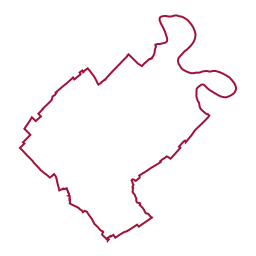 Cotusca, Botosani, Romania (orthographic projection)
{"feature_id": "2599482B53083625185790", "entity_name": "Cotusca", "entity_type": "district", "adm_level": 2, "iso_a3": "ROU", "parent_name": "Romania", "parent_adm1": "Botosani", "projection": "orthographic", "projection_center": [26.878, 48.123], "detail": "fine", "context": "isolated", "style": "outline", "palette": "rose", "viewbox_px": 256, "rotation_deg": 0, "n_neighbors": 0, "source": "geoboundaries", "source_scale": "gbopen_adm2", "svg_char_len": 5694}
<svg xmlns="http://www.w3.org/2000/svg" viewBox="0 0 256 256"><path d="M152.0,217.6L151.9,217.4L151.0,217.0L150.5,216.6L149.8,215.7L149.4,215.4L149.2,215.0L148.4,214.0L147.8,213.6L146.0,213.4L145.7,213.1L145.4,212.8L145.3,212.5L145.3,212.2L144.5,211.1L144.0,209.7L143.1,208.7L143.0,208.3L142.2,207.4L140.9,206.1L139.7,205.1L140.1,204.4L140.2,203.6L139.8,203.1L139.3,202.9L138.5,203.0L137.3,202.6L136.8,202.1L136.4,201.5L136.3,200.8L136.2,199.8L136.4,198.6L136.4,198.3L136.0,197.8L135.8,197.6L134.9,195.1L133.8,193.5L133.3,193.1L132.9,192.6L132.6,192.0L132.5,191.7L132.8,191.0L132.8,189.7L132.7,188.9L132.9,188.6L133.2,188.3L133.2,187.9L132.5,187.1L132.7,186.6L132.6,186.4L133.1,185.7L133.5,184.8L133.5,184.6L133.4,184.5L133.0,184.2L132.7,183.4L132.6,182.9L132.4,182.5L132.4,181.9L132.1,181.4L131.9,180.8L131.6,180.5L132.0,179.7L132.3,179.4L132.6,179.3L134.5,179.9L134.9,180.2L135.2,180.7L135.3,180.8L135.8,180.8L136.4,180.5L137.9,179.0L138.7,178.6L139.5,177.9L139.7,177.5L139.6,176.5L139.2,175.5L139.4,175.4L139.9,175.0L141.1,174.5L143.0,173.1L144.4,172.4L147.8,170.2L151.0,167.9L154.6,165.9L160.6,162.1L160.8,161.8L160.7,161.6L160.2,161.2L160.3,161.0L160.8,160.8L161.9,159.7L162.2,159.4L163.4,158.8L164.5,158.0L166.1,156.9L166.7,156.4L168.0,157.0L170.5,158.7L172.7,156.4L178.0,150.5L180.4,147.8L179.0,146.7L180.9,144.5L183.5,141.7L184.5,140.8L184.8,140.9L185.1,140.7L185.3,140.9L185.4,141.2L185.6,141.1L185.9,141.2L186.0,141.4L185.9,141.7L185.9,142.0L190.2,136.8L191.2,135.7L194.2,131.3L196.2,129.0L200.8,124.7L207.9,117.6L209.3,115.5L208.5,114.9L208.0,114.3L207.2,114.2L206.0,113.7L203.5,111.6L201.6,109.9L200.5,108.7L199.7,106.8L199.5,106.0L199.3,103.9L199.1,103.1L198.8,102.4L197.8,101.0L197.5,100.3L196.4,96.3L196.4,95.1L196.5,94.6L196.6,93.5L196.4,92.4L196.5,91.2L196.6,90.5L196.5,89.7L196.6,89.3L196.7,89.0L197.3,88.0L197.8,87.4L200.2,85.5L201.2,84.8L201.9,84.6L202.6,84.5L203.3,84.6L203.7,84.7L204.3,85.1L207.2,88.0L208.9,89.5L211.1,91.0L212.1,91.5L212.8,92.1L217.1,94.5L217.4,94.8L219.6,95.9L221.3,96.6L222.5,96.9L223.9,97.2L224.7,97.3L225.9,97.3L226.7,97.1L228.8,96.4L230.0,95.8L231.2,95.2L232.7,94.2L233.8,93.2L234.4,92.7L235.0,91.7L235.8,90.0L236.0,89.2L236.1,88.5L235.7,86.6L235.4,85.5L234.8,84.1L233.5,82.1L232.8,81.2L230.0,78.0L228.9,77.0L227.6,76.2L222.9,73.6L219.7,72.2L216.7,71.3L214.8,70.9L212.9,71.0L210.2,71.6L209.4,71.6L207.6,71.1L206.2,71.0L205.3,71.1L202.7,71.4L201.8,71.7L200.4,72.3L198.8,72.7L196.2,72.6L194.1,73.1L191.5,73.2L189.8,72.8L188.1,72.2L185.8,71.2L183.3,69.8L182.4,69.1L181.7,68.5L181.0,67.7L179.3,64.8L178.8,64.2L178.6,63.5L178.3,62.7L178.0,61.0L178.0,60.5L178.3,58.8L178.6,58.0L179.0,57.4L180.0,56.4L180.7,55.4L181.7,54.6L182.9,53.1L184.5,51.3L186.4,50.0L189.6,47.0L191.2,45.3L192.9,43.0L193.6,41.9L194.1,40.8L194.9,38.6L195.1,37.8L195.3,36.6L195.5,33.7L195.3,33.4L194.7,31.0L193.3,27.6L191.8,25.1L190.3,23.2L187.9,20.3L187.0,19.6L185.6,18.7L183.2,17.3L181.6,16.6L179.6,16.3L178.1,15.9L177.0,15.5L176.3,15.4L174.2,15.6L171.7,16.4L170.5,16.5L169.3,16.6L165.2,15.9L164.2,16.0L161.9,16.4L161.2,16.6L160.2,17.3L159.9,17.6L159.8,17.9L159.5,19.5L159.7,20.4L160.9,23.6L162.9,27.1L165.3,32.4L165.6,33.7L166.8,37.3L167.1,38.4L167.2,39.1L167.2,40.5L167.0,41.2L166.5,41.8L165.9,42.2L165.2,42.7L164.1,43.0L160.7,43.8L159.8,44.0L157.6,44.0L156.2,44.5L155.4,44.6L155.4,45.3L156.0,46.5L155.3,48.2L155.0,49.5L154.7,50.7L154.8,51.2L154.3,53.8L153.8,54.7L153.3,55.9L153.0,56.5L151.8,57.7L152.1,57.9L152.1,58.1L150.7,58.9L150.2,59.2L149.8,59.2L149.3,59.0L145.7,62.3L145.5,62.7L144.9,62.9L141.9,66.1L140.9,65.4L138.2,63.8L129.0,54.8L128.6,54.3L128.2,54.6L127.2,55.7L127.2,56.3L121.8,61.7L120.2,63.5L117.5,66.2L111.7,72.2L105.6,79.0L105.3,79.3L105.4,79.6L105.2,79.8L104.8,79.6L101.2,82.4L101.2,82.7L98.4,84.6L97.4,82.9L96.6,81.1L94.9,77.9L93.8,76.1L89.6,70.6L88.8,69.7L87.7,68.3L83.5,71.5L83.4,71.7L83.5,72.0L83.1,72.3L82.9,71.6L82.3,70.5L79.6,72.5L80.6,74.2L80.5,74.4L80.2,74.7L76.7,77.4L74.3,79.4L73.0,77.5L72.1,78.5L67.9,82.2L65.5,84.3L65.1,84.5L61.3,87.7L60.7,88.2L59.3,89.4L55.8,92.4L56.4,92.9L55.3,94.1L55.2,94.7L52.6,96.5L52.5,97.0L51.6,100.2L42.6,108.9L42.8,109.1L38.4,113.7L40.9,116.4L35.6,121.1L33.7,119.0L31.9,117.3L28.4,122.9L24.4,128.7L30.4,134.9L23.0,142.3L24.4,143.5L19.9,148.0L21.2,149.1L23.4,151.4L27.7,156.1L29.3,157.6L30.0,158.3L31.5,159.9L32.5,160.8L32.8,161.2L33.2,161.9L33.9,162.8L37.4,166.4L37.5,166.6L37.8,166.9L38.4,167.4L40.3,169.7L41.1,170.5L44.3,173.1L47.1,175.1L49.9,177.6L52.9,175.3L52.8,175.1L54.1,174.1L54.4,174.6L55.6,176.1L56.2,177.5L57.8,184.5L58.7,187.8L59.3,190.4L63.0,188.7L63.1,189.2L64.9,188.7L65.0,188.9L66.8,188.3L67.0,189.0L66.8,189.3L67.2,189.9L67.4,190.6L67.9,191.0L68.2,191.9L68.2,192.0L68.0,192.4L68.1,192.6L68.2,192.8L69.0,193.4L69.1,194.2L69.0,194.5L69.2,195.1L69.1,195.3L68.6,195.6L69.1,195.7L69.4,195.6L69.6,195.7L69.5,196.8L69.8,197.2L69.6,197.5L69.5,197.9L69.6,198.3L69.4,198.5L69.5,198.8L69.9,198.9L70.0,199.5L69.5,199.9L69.4,200.1L69.5,200.3L69.9,200.5L69.9,201.3L70.1,202.0L69.7,203.1L69.7,203.4L72.9,205.1L78.7,207.9L78.8,208.3L78.9,208.5L81.0,210.0L81.7,210.3L82.3,211.1L82.9,212.2L84.8,210.8L87.1,212.1L88.2,213.9L92.0,219.2L94.3,223.8L97.9,227.2L99.7,229.5L100.8,230.5L101.3,230.8L102.1,230.9L102.4,231.3L103.1,231.7L103.2,232.0L103.1,232.4L102.3,233.4L102.1,234.4L102.3,234.9L102.6,235.3L103.3,235.8L104.3,236.9L104.8,237.3L105.9,238.3L106.3,238.9L106.9,239.4L107.5,239.9L107.8,240.3L107.8,240.6L108.9,239.4L107.6,237.9L110.6,235.9L111.0,236.5L113.4,234.9L114.2,236.0L115.3,237.7L119.6,234.8L123.1,232.7L123.8,232.2L124.5,232.0L126.0,231.6L126.8,231.1L127.3,231.1L127.6,230.9L127.6,230.7L129.4,229.7L129.8,229.5L137.1,224.7L138.8,226.6L150.1,218.8L152.0,217.6Z" fill="none" stroke="#9f1239" stroke-width="2"/></svg>